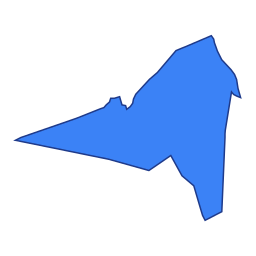 the district of Canhoba, Sergipe, Brazil
{"feature_id": "56859067B36241430136927", "entity_name": "Canhoba", "entity_type": "district", "adm_level": 2, "iso_a3": "BRA", "parent_name": "Brazil", "parent_adm1": "Sergipe", "projection": "robinson", "projection_center": [-36.995, -10.153], "detail": "fine", "context": "isolated", "style": "filled", "palette": "blue", "viewbox_px": 256, "rotation_deg": 0, "n_neighbors": 0, "source": "geoboundaries", "source_scale": "gbopen_adm2", "svg_char_len": 727}
<svg xmlns="http://www.w3.org/2000/svg" viewBox="0 0 256 256"><path d="M213.7,39.1L211.3,35.7L184.8,47.0L182.0,48.1L176.0,50.6L157.3,72.6L149.5,79.3L135.8,94.2L133.5,99.0L132.7,103.2L130.3,106.6L126.7,109.3L125.6,105.6L122.0,104.9L120.6,100.2L119.6,96.7L114.3,98.3L110.7,98.3L109.5,102.0L106.3,104.8L103.9,107.6L100.6,108.7L76.2,118.4L20.9,137.5L15.4,140.3L108.5,159.2L148.9,170.5L170.8,155.5L182.0,175.8L193.8,185.8L200.9,209.9L202.6,215.5L205.1,220.3L216.9,214.2L221.8,211.7L225.0,137.4L225.0,133.8L225.3,130.2L231.5,91.9L233.7,94.5L236.8,96.1L240.6,97.6L238.0,88.4L236.6,79.5L234.5,74.4L231.1,69.8L221.7,59.7L218.9,54.1L217.4,51.1L216.1,47.4L214.4,42.7L213.7,39.1Z" fill="#3b82f6" stroke="#1e3a8a" stroke-width="1.5"/></svg>